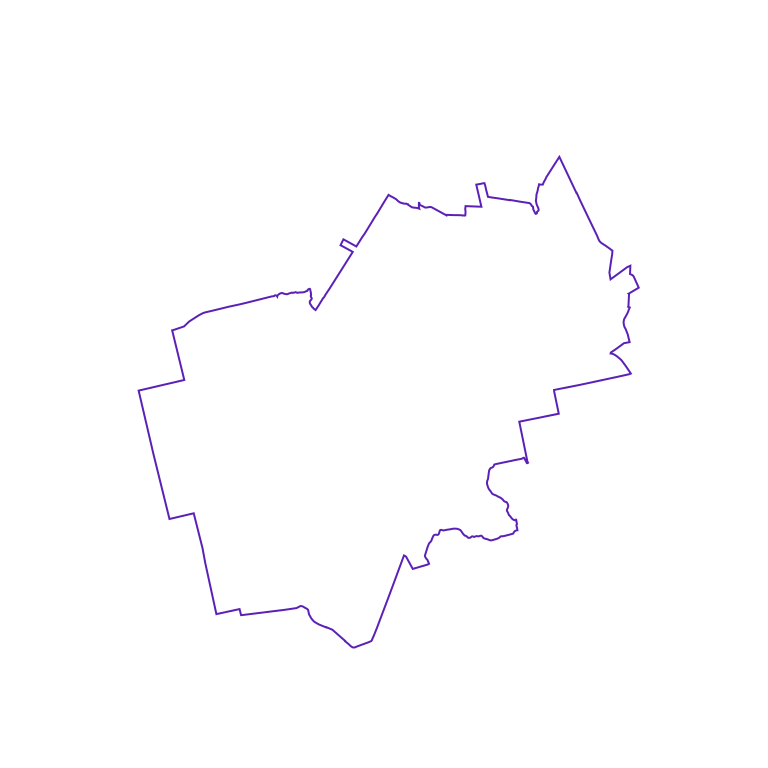 Draganesti-Vlasca, Teleorman, Romania (Albers equal-area conic projection), rotated 21°
{"feature_id": "2599482B67240297186090", "entity_name": "Draganesti-Vlasca", "entity_type": "district", "adm_level": 2, "iso_a3": "ROU", "parent_name": "Romania", "parent_adm1": "Teleorman", "projection": "albers", "projection_center": [25.585, 44.073], "detail": "fine", "context": "isolated", "style": "outline", "palette": "violet", "viewbox_px": 768, "rotation_deg": 21, "n_neighbors": 0, "source": "geoboundaries", "source_scale": "gbopen_adm2", "svg_char_len": 6129}
<svg xmlns="http://www.w3.org/2000/svg" viewBox="0 0 768 768"><g transform="rotate(21 384 384)"><path d="M449.3,641.1L450.0,640.8L450.9,640.6L453.1,638.5L462.4,630.4L464.4,628.3L464.5,626.1L464.7,622.3L464.8,614.2L464.6,577.9L464.1,536.9L466.4,537.2L477.1,546.3L489.6,536.8L490.5,535.7L488.4,533.5L487.8,532.8L485.9,531.8L484.6,530.8L483.8,529.9L483.6,528.2L483.2,521.7L483.1,520.2L483.2,516.6L483.9,514.9L484.3,513.8L484.4,512.4L484.3,511.3L484.5,508.2L485.0,506.9L486.3,506.1L487.8,505.8L488.6,505.2L488.9,504.3L488.7,501.3L488.9,500.1L489.9,499.6L491.6,499.5L492.2,499.3L495.2,497.4L497.7,496.0L500.6,494.2L503.0,493.3L504.5,492.9L506.4,492.9L507.6,493.0L508.7,493.6L511.3,495.4L513.5,496.6L514.2,496.4L515.2,496.5L516.1,496.7L516.8,497.1L518.0,497.4L519.1,496.9L519.9,496.2L520.3,495.4L520.8,494.7L521.6,494.4L522.4,494.5L523.1,494.4L524.4,493.2L525.0,492.8L526.8,492.4L527.2,492.1L528.2,491.3L528.8,490.9L529.5,490.8L530.3,491.1L532.2,492.2L532.7,492.2L534.9,492.1L535.5,491.9L538.4,491.9L539.6,491.8L540.6,491.3L542.1,490.2L545.3,487.7L546.0,487.0L546.6,486.3L547.5,484.5L549.9,483.3L551.6,482.2L556.2,478.9L558.2,477.4L558.4,475.7L558.6,475.0L558.9,474.5L559.6,473.7L560.6,472.8L560.9,472.7L559.8,470.6L559.5,470.4L558.9,469.3L558.4,468.9L558.2,468.0L558.2,467.4L558.3,467.1L556.0,463.3L555.9,463.3L555.8,463.9L555.6,464.2L555.1,464.3L553.3,464.3L551.7,463.8L548.6,461.9L547.6,461.6L545.6,459.4L544.5,458.6L544.2,458.3L544.0,458.0L543.8,457.3L543.9,456.8L543.9,454.5L543.9,454.0L543.6,453.3L543.4,452.7L542.8,452.0L541.3,450.6L540.6,450.4L539.4,450.5L538.4,450.4L537.8,450.2L536.6,449.5L535.5,449.0L534.2,448.6L532.6,448.3L531.2,448.3L529.0,447.9L526.8,447.9L525.2,447.8L524.7,447.7L524.1,447.5L521.4,445.6L520.0,444.8L518.7,443.7L517.7,442.6L516.1,440.5L515.5,439.3L515.1,437.7L515.1,435.2L514.7,433.7L514.6,433.3L514.0,430.7L513.6,429.2L513.3,427.8L513.3,427.4L513.1,426.7L513.3,426.0L513.3,425.4L513.6,424.5L514.0,423.9L514.6,423.5L515.0,423.1L515.6,422.3L515.8,421.5L515.8,420.1L516.0,419.5L518.0,418.1L532.0,409.1L532.7,408.6L539.3,404.5L540.7,402.9L541.1,402.7L541.8,403.2L545.8,406.7L546.3,406.4L546.7,405.9L545.6,404.9L523.8,370.7L557.8,349.1L545.6,330.1L544.9,328.6L566.1,315.3L599.9,293.3L609.4,287.0L610.7,285.8L603.3,280.6L597.0,276.6L594.3,275.6L591.6,274.7L589.6,274.2L587.3,273.9L585.7,274.0L584.6,274.3L584.5,273.3L588.4,267.7L593.4,259.9L598.3,256.9L593.8,250.4L589.8,246.0L588.6,245.0L587.8,244.3L587.2,243.4L586.5,242.4L585.6,240.6L585.3,239.6L585.0,237.8L585.0,237.0L585.7,232.5L585.9,230.6L586.0,228.5L585.9,226.9L586.0,224.5L584.3,224.4L584.4,224.0L580.4,211.8L580.2,211.8L587.3,202.8L578.5,194.1L576.9,193.3L574.3,193.2L571.6,185.3L569.2,187.7L558.0,205.1L554.5,199.2L551.6,186.3L550.6,181.4L549.5,177.7L545.7,176.6L541.0,175.4L536.5,174.5L535.0,173.9L534.0,173.4L532.5,172.1L529.6,169.0L527.2,166.8L526.7,166.3L520.3,160.3L512.8,153.2L507.5,148.2L501.2,142.2L495.4,136.5L495.2,136.7L474.6,117.0L466.3,109.1L461.4,132.8L461.4,133.9L461.3,134.9L461.2,135.9L460.9,137.5L460.8,138.8L460.8,140.2L460.8,140.9L458.6,141.8L457.2,142.0L457.3,142.7L457.6,144.4L457.6,146.1L458.1,147.9L458.1,148.4L458.3,149.9L458.4,152.2L458.6,153.1L458.8,153.5L459.6,156.2L459.9,157.7L460.0,158.1L460.6,159.3L462.3,161.8L464.7,164.2L465.4,165.1L466.0,166.0L466.0,166.9L465.2,168.4L465.3,168.9L465.5,169.7L465.5,169.9L465.2,170.4L464.8,170.7L464.5,170.8L461.1,167.8L460.4,166.7L459.6,165.1L458.2,164.8L456.9,163.7L455.9,163.2L454.9,163.0L445.3,165.1L435.7,167.0L435.7,167.3L424.0,169.8L417.5,171.3L414.0,172.0L410.5,167.1L409.5,165.8L408.1,163.5L405.8,160.5L405.1,160.8L402.5,162.5L398.7,164.8L411.4,183.6L396.4,188.7L397.1,191.5L398.2,193.5L399.4,197.0L399.4,197.5L399.2,197.8L398.1,198.0L396.9,198.6L395.8,198.7L395.2,198.9L393.7,199.5L392.1,200.0L388.4,201.4L384.9,202.6L382.5,203.4L382.0,203.6L382.0,203.8L382.0,204.2L364.9,201.9L364.5,202.0L363.6,202.2L360.3,204.1L359.2,204.5L358.7,204.5L356.8,204.2L353.6,204.0L353.2,203.7L352.8,203.3L352.1,202.3L351.7,202.4L352.4,204.5L352.9,205.6L353.4,206.7L354.1,207.7L352.5,207.7L351.8,207.8L350.2,208.2L349.4,208.4L348.5,208.7L346.8,209.0L342.1,208.0L341.9,207.6L341.2,207.8L340.6,207.7L340.2,207.7L339.7,207.8L338.9,208.2L338.3,208.4L337.5,208.4L337.1,208.6L336.2,208.6L335.4,208.7L334.4,208.8L332.3,208.4L330.5,207.8L330.1,207.5L329.8,207.4L328.4,207.0L325.3,206.5L323.0,206.3L321.3,206.0L320.5,205.8L319.0,213.4L316.8,225.8L316.2,228.8L315.5,231.8L315.1,234.2L312.1,250.5L311.1,254.3L308.9,265.5L294.3,263.5L293.7,270.0L304.9,271.5L307.5,271.9L299.0,314.4L297.3,321.9L297.1,323.9L296.9,324.7L296.5,325.3L296.4,325.6L294.8,334.2L293.9,338.3L293.6,339.5L292.4,339.1L291.4,338.9L290.6,338.3L289.5,338.0L288.5,337.2L286.4,335.7L285.7,335.0L285.6,334.7L285.4,334.0L285.1,333.4L285.1,333.2L285.9,331.2L285.9,330.0L285.8,329.8L285.0,329.2L284.2,328.3L284.1,327.7L283.9,327.5L284.0,327.0L283.7,326.6L283.7,326.2L283.4,325.8L283.1,325.2L282.9,325.0L282.8,324.5L282.3,324.0L281.6,322.9L281.4,322.4L281.0,321.9L280.4,321.8L279.8,322.3L279.3,322.9L279.0,323.7L279.1,324.3L279.0,324.6L278.2,325.1L277.2,326.3L276.6,326.8L275.8,327.3L271.8,329.1L270.3,330.0L269.0,329.9L268.6,329.9L267.2,331.0L265.9,331.7L265.7,331.7L265.4,331.7L265.0,331.8L264.2,332.6L263.1,333.3L261.8,334.6L261.4,334.9L260.1,335.3L259.2,335.4L257.6,335.6L256.5,335.5L256.0,335.6L254.6,336.7L253.5,338.2L253.2,338.7L252.9,339.5L252.9,339.9L253.0,340.6L252.3,340.1L251.7,340.0L251.0,340.1L250.5,340.3L250.2,340.6L250.0,341.1L249.6,341.5L247.6,342.6L226.4,357.5L220.1,361.8L211.2,367.6L199.1,376.0L191.3,381.3L189.3,383.0L186.2,386.6L179.7,395.5L176.7,401.9L167.8,409.3L167.0,409.8L196.1,451.8L157.3,478.1L193.7,531.8L232.1,586.9L252.7,572.9L273.4,602.3L281.1,614.9L310.0,658.9L329.8,645.9L333.4,651.0L334.3,650.6L372.4,630.3L382.7,624.5L385.3,621.5L385.9,621.1L386.8,620.9L387.8,620.8L389.0,620.9L389.4,621.1L392.7,621.5L393.7,621.9L394.1,622.1L394.4,622.5L395.7,624.6L396.1,625.3L396.9,626.2L399.8,628.6L401.3,629.6L403.7,630.8L404.9,631.1L409.3,631.8L417.2,632.0L417.2,631.7L423.8,631.9L439.9,637.8L439.9,638.1L443.9,639.4L446.8,640.6L448.9,641.1L449.3,641.1Z" fill="none" stroke="#5b21b6" stroke-width="2"/></g></svg>